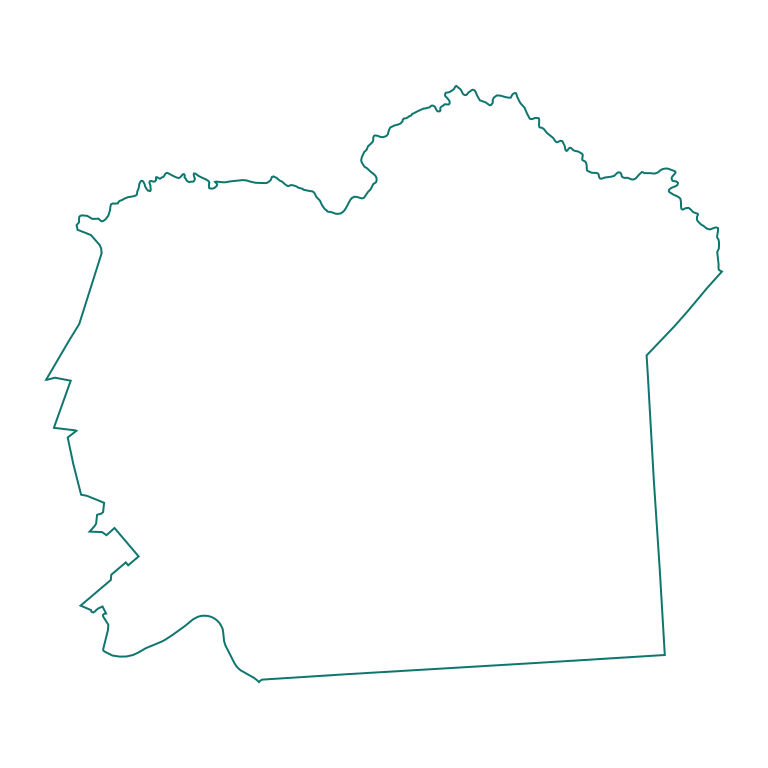 Mitcham, South Australia, Australia, rotated 180°
{"feature_id": "25037944B96315201731576", "entity_name": "Mitcham", "entity_type": "district", "adm_level": 2, "iso_a3": "AUS", "parent_name": "Australia", "parent_adm1": "South Australia", "projection": "robinson", "projection_center": [138.632, -35.007], "detail": "fine", "context": "isolated", "style": "outline", "palette": "teal", "viewbox_px": 768, "rotation_deg": 180, "n_neighbors": 0, "source": "geoboundaries", "source_scale": "gbopen_adm2", "svg_char_len": 6097}
<svg xmlns="http://www.w3.org/2000/svg" viewBox="0 0 768 768"><g transform="rotate(180 384 384)"><path d="M687.4,162.4L677.0,157.9L676.6,156.3L674.8,155.5L673.1,156.5L671.6,158.1L669.6,159.6L665.5,161.5L661.9,154.5L663.7,154.2L664.9,153.3L665.1,152.3L664.8,151.4L659.7,143.3L660.0,138.1L664.8,118.9L664.7,117.5L663.4,116.4L655.7,112.5L648.4,111.4L641.7,111.5L635.0,113.0L630.4,115.1L622.0,119.9L606.8,126.2L603.4,127.9L595.3,133.2L582.8,142.2L575.0,148.6L570.4,151.1L566.9,152.1L564.0,152.3L560.3,152.1L556.7,151.1L553.5,149.5L551.1,147.7L548.6,145.1L547.0,142.6L545.5,139.4L545.0,137.1L543.9,126.9L542.6,122.6L533.5,104.7L531.5,101.6L529.4,99.4L527.1,97.5L514.1,90.2L511.2,88.0L509.0,85.9L507.7,87.4L505.7,88.4L419.5,93.9L240.8,104.5L103.2,113.0L108.2,197.6L114.2,288.0L120.0,390.0L121.4,412.6L93.7,441.6L79.6,457.6L60.9,480.0L46.1,496.4L48.8,497.9L49.3,498.8L49.5,500.1L49.4,503.4L50.8,515.9L49.2,519.3L49.0,522.3L49.0,525.8L49.5,528.4L50.8,530.4L50.9,531.5L50.0,537.2L49.9,539.8L51.3,540.5L52.8,540.5L58.2,538.5L61.5,539.6L64.5,542.1L66.7,543.3L69.5,546.0L70.5,547.2L71.0,548.3L71.1,550.3L71.0,551.2L70.0,553.3L70.2,554.2L74.7,555.8L77.6,558.8L79.4,560.1L82.0,559.9L84.9,558.5L85.7,558.5L86.6,559.2L87.0,561.7L87.0,565.5L87.4,568.5L87.8,569.5L89.4,570.9L91.6,572.1L94.3,573.2L98.5,575.8L99.1,576.6L99.2,577.6L98.4,578.9L96.8,580.0L91.3,582.3L90.3,583.7L90.0,585.0L90.5,585.7L91.7,586.5L95.5,587.2L96.3,589.0L96.4,590.0L95.7,591.5L92.6,595.0L92.6,596.3L93.4,596.9L100.2,599.4L101.9,599.5L105.2,599.0L107.7,597.7L109.1,596.3L110.9,595.2L113.7,594.4L118.2,594.9L123.8,594.9L125.2,595.8L126.2,595.9L128.7,593.6L132.2,589.6L133.8,588.8L135.9,588.4L140.4,590.2L143.3,590.1L144.5,590.4L145.9,591.2L146.2,591.6L146.8,594.1L147.3,594.9L147.8,595.4L149.5,595.7L151.0,594.9L153.8,592.1L156.9,591.3L163.1,590.5L166.4,589.3L168.0,589.5L168.5,590.1L169.0,591.5L169.4,593.6L170.2,594.6L171.9,595.1L176.2,595.2L180.7,597.3L181.0,597.8L181.3,600.0L181.3,602.8L182.0,605.5L183.5,606.9L185.2,607.6L185.7,608.2L185.7,609.8L185.2,612.8L185.9,614.2L189.6,616.4L193.2,617.2L194.7,617.8L196.8,619.9L197.6,620.2L198.4,620.1L199.2,619.5L200.6,617.5L201.4,617.1L201.9,617.3L202.7,618.6L203.3,622.1L205.7,626.9L207.6,627.2L210.6,625.8L211.6,625.9L212.7,626.9L214.8,630.0L221.0,635.0L224.2,639.0L226.1,640.2L228.0,640.5L228.6,640.9L229.0,642.7L228.8,648.1L229.2,649.7L230.3,650.0L232.9,650.1L235.5,649.0L237.9,649.1L238.3,649.4L241.2,654.9L243.5,660.4L247.1,664.3L248.4,666.2L250.9,671.4L251.7,674.3L252.0,674.8L253.5,674.9L254.5,674.4L256.0,672.9L257.1,670.5L257.5,670.3L259.4,670.3L262.4,670.9L267.7,672.4L271.1,672.6L273.9,670.6L274.5,669.8L275.4,667.5L275.1,666.4L275.4,665.0L276.9,663.0L278.3,662.7L282.3,665.6L288.2,667.7L290.6,671.9L292.6,676.5L293.6,677.7L295.0,678.3L296.4,677.8L299.7,675.3L301.5,673.1L303.3,672.9L305.0,674.0L306.7,677.4L308.0,679.2L309.7,680.3L311.1,681.7L311.8,682.1L312.8,681.2L314.1,678.9L315.9,677.5L318.8,675.8L322.1,675.2L322.6,674.7L323.0,673.5L322.8,672.1L319.9,668.9L318.5,666.9L318.3,664.9L318.8,663.9L319.5,663.5L323.3,663.7L325.3,662.1L326.4,661.5L327.2,660.8L327.8,659.5L327.5,657.7L328.2,656.7L330.1,656.6L330.7,656.9L331.5,657.9L333.2,661.4L335.0,662.4L336.3,662.4L337.1,662.0L338.3,660.7L341.7,659.9L342.1,659.6L344.5,659.4L350.1,656.9L354.8,654.4L355.7,654.2L356.9,652.5L358.9,651.7L360.5,650.4L362.0,649.7L364.0,649.5L365.3,648.2L365.5,646.5L366.5,645.7L367.2,644.6L369.8,643.5L373.7,642.5L377.8,640.4L379.0,638.0L380.2,633.7L381.0,632.6L382.2,631.7L385.1,630.8L387.4,631.0L390.3,632.2L391.7,632.4L392.9,632.6L394.1,632.0L394.8,630.1L394.7,628.2L395.1,626.5L396.8,624.6L400.0,621.7L401.4,618.2L403.7,616.1L406.2,610.8L406.8,608.0L406.6,606.5L405.8,604.7L403.4,601.2L401.2,599.9L397.0,596.0L394.7,594.3L392.6,592.3L391.6,590.3L391.3,587.9L392.0,585.7L394.8,583.9L397.3,578.8L400.3,575.7L403.9,570.3L405.3,569.7L406.1,569.6L411.0,571.0L413.2,571.3L413.9,571.2L415.5,570.2L415.9,570.2L417.7,568.1L421.5,560.9L423.2,558.1L424.6,556.5L427.4,554.5L429.7,554.2L432.1,554.2L436.7,555.9L440.1,556.3L440.8,556.7L441.1,557.4L443.3,559.0L445.0,561.4L446.0,562.9L448.1,567.4L451.7,571.2L453.6,575.0L454.5,576.0L456.1,576.8L457.4,576.8L464.2,578.2L465.0,578.5L465.4,579.2L469.7,580.3L471.6,581.6L475.0,582.7L477.3,582.9L479.5,581.9L480.4,582.0L482.9,583.6L485.8,586.3L488.3,587.4L491.4,590.1L494.5,591.6L496.2,590.9L497.1,588.2L498.7,586.6L501.1,585.1L502.6,584.9L512.3,585.2L517.7,586.4L521.6,587.6L525.4,587.9L537.9,586.6L542.2,585.8L544.6,585.7L551.8,586.4L552.9,586.1L550.8,583.8L550.9,582.9L551.3,582.1L553.5,580.1L555.0,579.5L557.0,579.4L558.7,579.8L558.9,580.4L559.1,583.7L558.6,585.4L559.6,587.1L562.4,588.8L565.3,590.0L569.3,592.0L572.6,594.4L573.9,594.5L574.3,593.6L574.1,592.2L573.1,589.1L573.8,587.1L574.9,586.3L577.1,586.3L578.6,585.9L580.7,586.8L581.6,587.8L582.3,589.4L583.4,590.5L583.3,592.9L583.8,593.7L585.0,593.8L587.8,590.7L589.2,589.9L591.7,590.6L594.9,592.1L600.5,595.1L601.5,595.0L602.6,594.2L604.5,591.2L605.9,590.7L608.0,589.3L608.7,589.4L610.9,590.8L611.8,590.8L612.0,590.2L612.0,587.9L613.0,586.7L614.4,586.3L616.8,587.0L618.2,586.7L618.6,585.4L617.6,582.4L617.3,578.3L617.5,577.3L618.0,576.9L619.9,577.4L621.5,579.1L622.8,581.5L623.6,584.3L624.9,586.6L626.0,587.2L627.2,586.9L628.8,583.9L628.7,583.3L629.4,579.6L630.7,576.6L630.9,574.8L631.3,573.2L632.3,572.5L634.1,571.8L640.0,570.8L643.1,569.6L646.1,567.9L648.2,567.2L649.2,566.3L650.3,564.6L653.0,564.4L655.2,564.5L656.9,563.8L657.5,562.0L658.0,557.7L659.7,552.3L662.4,548.7L664.8,547.0L666.5,546.7L668.2,548.0L669.4,549.3L675.7,549.1L680.7,552.1L686.2,552.7L688.0,551.9L688.6,551.4L688.9,549.9L689.0,545.7L691.4,542.8L690.4,538.2L677.2,533.0L676.3,532.1L668.2,522.8L666.8,519.4L666.5,515.1L666.3,515.0L688.8,443.9L698.3,428.5L721.9,388.2L721.2,388.2L713.0,390.3L697.3,387.3L714.1,340.2L692.5,337.6L691.6,337.2L700.3,330.5L694.7,304.0L686.9,273.3L681.1,272.2L663.9,265.2L664.9,255.9L666.7,254.4L670.9,253.2L671.9,244.4L673.5,241.8L678.4,236.4L665.9,235.9L661.5,232.8L653.5,240.0L629.4,211.6L639.8,202.7L642.2,205.6L656.7,193.3L657.2,188.0L687.4,162.4Z" fill="none" stroke="#0f766e" stroke-width="2"/></g></svg>